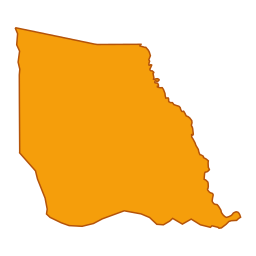 St. Tammany, Louisiana, United States of America (Mercator projection)
{"feature_id": "52423323B29403129163195", "entity_name": "St. Tammany", "entity_type": "district", "adm_level": 2, "iso_a3": "USA", "parent_name": "United States of America", "parent_adm1": "Louisiana", "projection": "mercator", "projection_center": [-89.763, 30.431], "detail": "fine", "context": "isolated", "style": "filled", "palette": "amber", "viewbox_px": 256, "rotation_deg": 0, "n_neighbors": 0, "source": "geoboundaries", "source_scale": "gbopen_adm2", "svg_char_len": 2537}
<svg xmlns="http://www.w3.org/2000/svg" viewBox="0 0 256 256"><path d="M141.0,44.3L97.3,44.5L94.0,44.0L15.9,27.8L15.4,28.4L17.6,33.7L16.7,44.8L19.6,51.1L18.1,62.1L19.8,69.2L19.3,74.9L19.4,102.2L19.7,152.0L19.6,152.8L20.1,153.4L35.5,170.9L37.5,179.0L45.1,198.1L47.2,209.1L46.5,214.0L50.1,217.4L61.3,222.8L69.1,225.6L82.1,226.3L93.5,223.5L102.4,218.8L124.2,210.8L141.1,213.9L149.6,217.5L156.8,224.3L163.4,224.8L169.7,221.1L172.7,218.4L182.4,224.1L191.2,219.1L200.4,224.8L210.4,227.3L212.0,225.8L218.0,227.3L219.0,228.2L221.4,227.9L226.0,224.4L227.2,223.2L228.9,221.5L231.3,220.7L236.6,220.4L238.6,218.5L240.6,217.2L239.6,214.4L238.8,213.1L237.9,212.2L236.3,211.8L235.4,212.0L233.7,212.8L233.1,213.3L232.5,214.2L231.4,215.4L229.0,216.6L226.6,217.4L225.3,216.9L223.4,215.3L221.8,213.2L221.3,212.1L220.9,210.2L218.5,206.2L217.1,204.6L215.1,204.3L214.2,203.9L213.6,203.4L212.6,202.1L212.2,201.2L212.2,200.6L212.6,197.8L213.1,195.6L213.1,194.5L212.5,193.5L210.1,192.6L209.2,191.9L207.7,190.1L207.5,189.0L207.8,188.4L208.0,188.3L208.3,186.4L208.1,183.1L207.8,182.0L205.9,180.1L204.1,179.2L204.6,173.4L205.0,172.4L205.2,172.2L206.9,171.8L207.7,171.4L209.4,169.7L209.3,169.3L208.3,167.3L208.1,163.0L208.3,160.8L206.3,159.1L203.5,157.6L203.4,156.5L203.1,156.1L201.2,155.0L199.9,154.6L198.9,152.2L198.3,149.4L195.9,145.4L195.1,143.0L193.1,139.2L192.4,138.1L191.7,137.1L191.6,134.6L192.1,134.5L192.5,135.1L192.8,135.1L193.3,134.2L192.7,128.8L192.3,127.0L191.8,126.7L191.4,125.1L192.0,122.8L191.8,120.7L189.8,118.0L189.7,117.9L188.0,116.6L186.2,115.9L185.0,113.4L183.8,111.4L183.6,111.2L182.9,111.5L181.8,111.4L180.7,109.5L180.2,107.6L179.1,106.4L178.7,106.2L176.1,105.4L173.7,104.5L173.5,104.0L172.4,102.6L170.4,102.6L168.8,101.6L168.7,101.4L168.6,98.8L168.1,97.9L165.8,98.1L165.2,95.7L165.0,93.6L164.7,92.7L163.5,89.6L162.3,87.7L162.0,87.6L160.9,87.8L159.5,87.6L158.7,87.4L157.9,87.1L157.4,86.9L157.4,86.6L157.4,86.3L157.8,86.3L158.4,86.1L158.5,85.1L157.7,83.3L155.1,82.8L154.8,82.5L154.8,81.9L155.1,81.1L155.5,80.8L155.9,80.8L157.0,81.5L158.3,81.0L159.0,80.2L159.1,79.7L158.9,79.4L157.7,78.7L156.0,78.8L154.8,79.2L154.1,79.4L153.5,79.2L153.9,77.8L153.0,73.3L153.3,73.1L153.6,72.9L153.8,72.3L152.3,70.9L150.9,70.8L150.3,70.4L149.9,69.5L149.9,69.0L150.7,67.5L151.5,65.6L151.7,65.1L151.2,64.8L150.8,64.7L149.4,65.3L148.8,64.9L149.1,62.7L149.6,61.3L149.4,60.7L148.8,59.7L150.4,55.7L149.3,52.1L148.3,50.2L145.8,47.3L144.9,47.4L143.4,46.9L140.0,46.0L139.9,45.3L140.4,44.7L141.0,44.5L141.0,44.3Z" fill="#f59e0b" stroke="#b45309" stroke-width="1.5"/></svg>